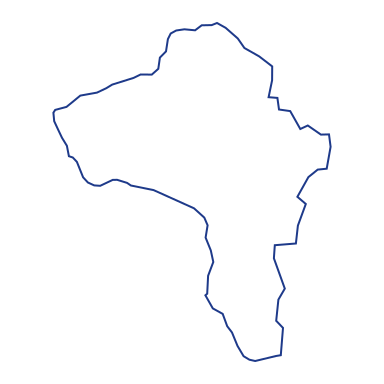 outline of Besharik, Ferghana, Uzbekistan
{"feature_id": "79887680B21144428059049", "entity_name": "Besharik", "entity_type": "district", "adm_level": 2, "iso_a3": "UZB", "parent_name": "Uzbekistan", "parent_adm1": "Ferghana", "projection": "equal_earth", "projection_center": [70.564, 40.365], "detail": "fine", "context": "isolated", "style": "outline", "palette": "blue", "viewbox_px": 384, "rotation_deg": 0, "n_neighbors": 0, "source": "geoboundaries", "source_scale": "gbopen_adm2", "svg_char_len": 1118}
<svg xmlns="http://www.w3.org/2000/svg" viewBox="0 0 384 384"><path d="M326.7,168.7L328.0,161.4L330.6,146.8L329.0,134.4L320.9,134.6L307.8,125.5L300.3,129.0L290.2,111.1L279.0,109.5L277.4,97.9L268.6,97.2L272.1,80.3L272.2,66.4L259.2,56.4L244.4,48.0L237.8,38.5L225.6,27.8L217.0,23.0L211.7,25.1L201.7,25.3L195.1,30.3L184.4,29.3L176.2,30.5L170.7,33.5L167.9,39.1L166.0,51.4L159.9,57.6L158.3,68.8L151.8,74.6L140.6,74.5L133.6,77.9L112.2,84.6L106.3,88.2L97.0,92.6L80.3,95.6L66.5,106.9L55.2,109.9L53.4,112.7L54.2,121.2L58.1,129.6L62.0,137.8L66.9,145.8L68.9,156.2L72.8,157.5L76.9,161.9L83.1,177.3L87.9,182.5L94.2,185.4L100.2,185.8L112.7,179.9L117.1,179.8L127.1,182.9L130.9,185.5L153.6,190.1L194.0,208.3L204.3,217.6L207.6,225.3L205.6,237.6L210.8,250.4L213.3,262.0L208.1,275.8L207.2,293.7L205.4,295.3L212.8,308.4L222.7,313.9L227.2,326.2L232.0,332.5L237.5,345.9L243.6,356.2L249.4,359.7L255.2,361.0L276.0,356.0L280.8,355.2L283.0,327.9L276.2,320.8L278.4,299.6L284.8,288.6L273.9,258.3L274.8,245.2L295.9,243.5L297.9,225.6L305.8,204.0L297.4,196.8L308.4,177.1L317.7,169.6L326.7,168.7Z" fill="none" stroke="#1e3a8a" stroke-width="2"/></svg>